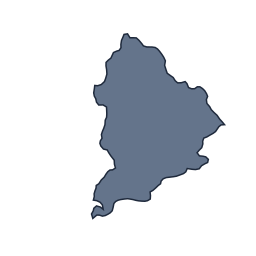 Taparuba, Minas Gerais, Brazil (orthographic projection), rotated 142°
{"feature_id": "56859067B97450946260268", "entity_name": "Taparuba", "entity_type": "district", "adm_level": 2, "iso_a3": "BRA", "parent_name": "Brazil", "parent_adm1": "Minas Gerais", "projection": "orthographic", "projection_center": [-41.602, -19.749], "detail": "fine", "context": "isolated", "style": "filled", "palette": "slate", "viewbox_px": 256, "rotation_deg": 142, "n_neighbors": 0, "source": "geoboundaries", "source_scale": "gbopen_adm2", "svg_char_len": 2114}
<svg xmlns="http://www.w3.org/2000/svg" viewBox="0 0 256 256"><g transform="rotate(142 128 128)"><path d="M128.0,182.0L130.4,179.6L133.4,176.8L134.9,173.9L135.4,170.9L136.9,167.8L136.9,164.1L133.5,161.6L132.0,157.8L134.2,154.7L136.0,152.2L138.3,149.6L141.1,148.2L144.1,144.8L147.3,142.7L150.2,141.1L153.0,139.2L154.8,135.9L157.7,134.9L159.6,133.2L160.5,130.5L160.3,126.5L157.9,123.5L158.4,120.4L158.7,116.5L158.7,111.1L161.0,107.8L162.5,104.2L165.9,104.5L168.1,106.0L170.8,106.0L173.7,105.2L177.0,103.9L181.0,103.5L185.4,102.0L188.4,102.3L190.2,100.3L192.7,98.8L195.2,97.0L196.8,94.7L199.7,92.5L197.4,90.0L195.7,86.7L195.5,83.3L197.6,79.2L198.5,82.8L200.8,86.0L204.3,85.8L206.4,84.1L209.7,82.7L211.4,78.4L206.2,78.6L204.1,76.9L202.4,74.3L199.8,73.0L196.8,72.4L194.2,72.1L191.4,72.5L188.5,74.7L185.6,77.2L182.9,77.7L180.3,77.2L177.8,76.1L174.8,74.4L171.8,72.5L170.0,70.6L168.1,68.5L166.3,66.1L164.6,64.2L162.4,62.1L159.8,59.9L157.4,58.7L154.2,58.3L151.9,60.9L150.0,64.0L146.9,63.5L143.2,63.7L139.5,64.1L136.7,64.0L134.6,65.8L131.5,66.3L128.4,65.4L125.6,63.7L122.1,61.6L119.5,60.2L115.8,59.0L112.3,57.9L109.4,57.9L106.3,59.6L102.9,56.0L100.4,53.7L97.0,52.0L93.3,53.0L89.5,52.5L86.5,51.8L84.0,53.8L84.5,57.4L86.2,59.5L88.9,62.1L88.8,66.0L85.4,66.7L82.0,67.1L78.8,69.4L77.3,71.6L74.5,73.4L71.3,72.4L68.1,72.0L64.3,71.4L61.2,71.3L58.7,72.1L55.6,73.1L52.7,73.1L49.9,71.2L50.0,74.8L50.3,78.6L50.0,83.2L50.7,87.3L51.1,91.2L50.5,94.5L50.7,98.8L48.7,102.2L45.8,103.9L45.0,106.7L44.6,110.2L45.0,113.2L46.0,116.2L48.0,117.8L51.2,117.9L53.7,119.7L55.4,122.6L54.2,126.7L54.4,129.4L58.2,130.9L61.1,133.0L61.7,136.2L61.3,139.9L62.4,143.5L63.4,147.0L62.3,150.2L60.6,154.8L57.2,157.9L56.3,161.8L56.0,165.1L55.9,169.0L56.1,172.1L57.0,174.7L59.3,177.1L63.3,180.3L65.3,183.2L65.2,185.9L65.4,190.6L66.0,193.9L68.2,195.8L70.9,197.9L70.4,202.5L73.5,204.2L76.2,202.6L79.2,201.0L82.1,198.3L84.1,195.6L87.2,194.6L89.7,195.6L93.0,196.4L95.9,194.9L98.4,193.6L101.8,193.6L104.9,193.2L107.1,190.5L108.9,187.2L111.4,183.5L115.0,180.9L117.9,179.1L122.3,178.7L125.9,180.0L128.0,182.0Z" fill="#64748b" stroke="#1e293b" stroke-width="1.5"/></g></svg>